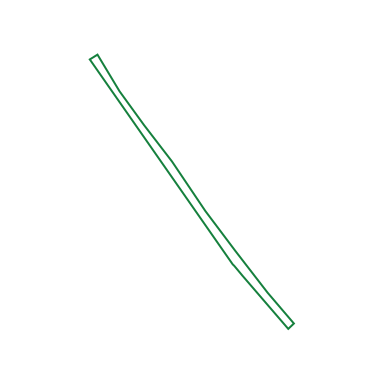 North Coast, Matruh, Egypt, rotated 74°
{"feature_id": "37247803B36627997079635", "entity_name": "North Coast", "entity_type": "district", "adm_level": 2, "iso_a3": "EGY", "parent_name": "Egypt", "parent_adm1": "Matruh", "projection": "albers", "projection_center": [29.295, 30.862], "detail": "fine", "context": "isolated", "style": "outline", "palette": "green", "viewbox_px": 384, "rotation_deg": 74, "n_neighbors": 0, "source": "geoboundaries", "source_scale": "gbopen_adm2", "svg_char_len": 330}
<svg xmlns="http://www.w3.org/2000/svg" viewBox="0 0 384 384"><g transform="rotate(74 192 192)"><path d="M350.1,137.2L346.5,130.3L309.6,147.1L260.8,166.5L214.0,184.4L157.2,202.8L114.4,219.7L75.2,233.9L33.9,245.0L36.4,253.7L272.8,172.8L274.5,171.8L286.3,166.6L350.1,137.2Z" fill="none" stroke="#15803d" stroke-width="2"/></g></svg>